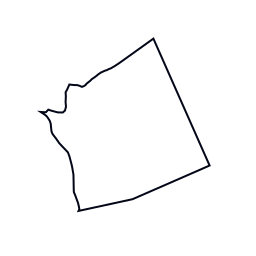 Monchy/Lawi Fwen, Gros Islet, Saint Lucia (orthographic projection), rotated 105°
{"feature_id": "8701671B83371663515297", "entity_name": "Monchy/Lawi Fwen", "entity_type": "district", "adm_level": 2, "iso_a3": "LCA", "parent_name": "Saint Lucia", "parent_adm1": "Gros Islet", "projection": "orthographic", "projection_center": [-60.929, 14.058], "detail": "fine", "context": "isolated", "style": "outline", "palette": "ink", "viewbox_px": 256, "rotation_deg": 105, "n_neighbors": 0, "source": "geoboundaries", "source_scale": "gbopen_adm2", "svg_char_len": 1237}
<svg xmlns="http://www.w3.org/2000/svg" viewBox="0 0 256 256"><g transform="rotate(105 128 128)"><path d="M220.9,154.3L195.6,105.2L144.1,40.7L143.1,39.5L35.1,126.6L68.1,153.7L69.2,154.7L70.1,155.5L72.1,157.3L72.6,157.9L74.0,159.2L74.9,160.1L76.3,162.1L77.5,163.3L78.4,164.8L79.0,165.6L80.6,167.5L81.3,168.4L82.7,169.6L83.6,170.4L85.4,171.7L86.4,172.4L88.0,173.7L88.7,174.3L90.4,175.8L91.7,176.4L93.1,177.4L94.3,178.3L95.9,179.5L97.4,180.1L98.9,181.4L99.5,182.2L100.0,182.8L100.2,183.4L100.0,184.2L99.8,185.6L99.7,187.5L99.8,188.7L100.1,189.6L100.4,191.0L100.6,192.0L100.9,194.1L101.2,195.9L106.4,196.7L109.6,197.5L113.6,196.2L119.1,195.0L123.5,193.4L127.5,193.4L129.9,195.0L131.1,199.9L131.1,204.0L131.1,206.9L130.9,209.7L134.0,211.4L134.4,213.0L135.1,216.5L136.7,211.7L137.8,209.4L140.2,206.6L141.5,205.3L143.3,204.1L144.0,203.7L146.2,202.9L150.4,201.3L151.9,200.5L153.3,199.3L155.3,196.8L156.7,194.9L157.7,193.7L158.4,193.0L158.8,192.3L160.1,191.0L162.5,187.2L164.7,183.6L167.1,179.7L167.7,179.3L170.6,177.2L176.0,174.1L178.5,172.7L180.7,171.6L187.2,168.6L202.8,164.1L204.1,163.6L206.5,161.7L208.9,160.0L213.3,156.9L216.4,155.2L217.7,154.6L219.0,154.0L219.6,154.1L220.9,154.3Z" fill="none" stroke="#020617" stroke-width="2"/></g></svg>